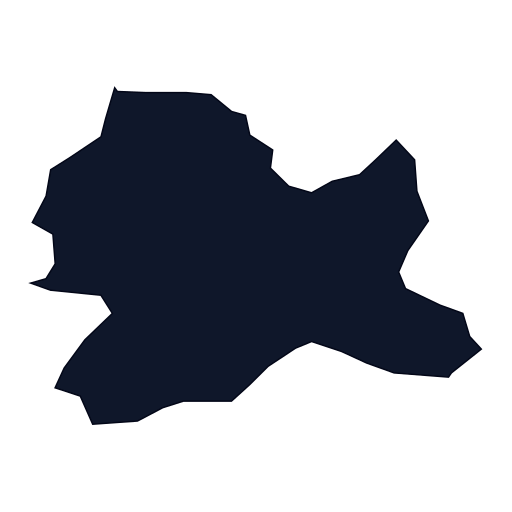 Hörby, Skåne, Sweden
{"feature_id": "70781695B77585109803763", "entity_name": "Hörby", "entity_type": "district", "adm_level": 2, "iso_a3": "SWE", "parent_name": "Sweden", "parent_adm1": "Skåne", "projection": "natural_earth1", "projection_center": [13.763, 55.867], "detail": "fine", "context": "isolated", "style": "filled", "palette": "ink", "viewbox_px": 512, "rotation_deg": 0, "n_neighbors": 0, "source": "geoboundaries", "source_scale": "gbopen_adm2", "svg_char_len": 808}
<svg xmlns="http://www.w3.org/2000/svg" viewBox="0 0 512 512"><path d="M114.7,87.8L105.6,118.7L101.0,136.8L69.0,158.2L50.7,169.7L46.1,196.1L32.3,222.5L52.9,234.1L55.2,263.8L46.0,278.7L30.7,283.1L50.6,290.2L100.9,295.2L112.4,313.4L84.9,339.8L64.2,368.0L55.1,387.8L80.3,396.1L92.7,424.2L137.5,421.0L162.7,407.7L183.4,401.1L231.5,401.1L249.8,384.5L268.1,366.3L295.6,348.1L311.6,341.5L341.4,351.4L366.6,363.0L394.1,372.9L448.5,377.1L451.4,372.9L481.3,349.1L469.7,336.5L462.8,313.4L439.9,305.1L405.5,288.6L398.6,272.0L407.8,250.6L428.4,220.9L416.9,191.2L414.6,159.8L396.2,140.1L375.7,159.8L359.6,174.7L332.2,181.3L311.6,192.8L288.7,186.2L270.4,168.1L272.7,150.0L249.8,135.1L245.5,115.4L231.6,111.5L211.1,94.7L186.2,92.6L145.2,92.6L117.4,91.5L114.7,87.8Z" fill="#0f172a" stroke="#020617" stroke-width="1.5"/></svg>